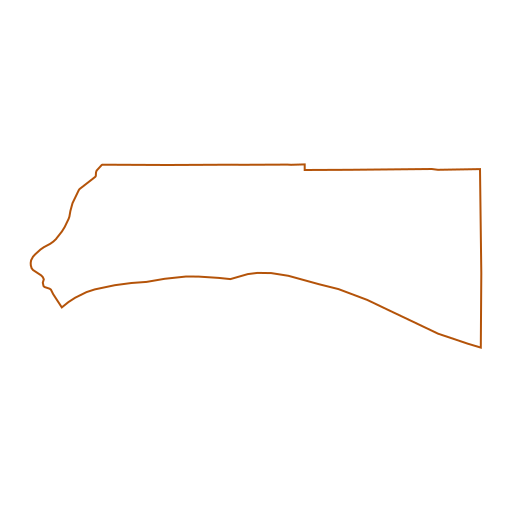 outline of Cameron, Louisiana, United States of America
{"feature_id": "52423323B69509517878544", "entity_name": "Cameron", "entity_type": "district", "adm_level": 2, "iso_a3": "USA", "parent_name": "United States of America", "parent_adm1": "Louisiana", "projection": "albers", "projection_center": [-93.515, 29.819], "detail": "fine", "context": "isolated", "style": "outline", "palette": "amber", "viewbox_px": 512, "rotation_deg": 0, "n_neighbors": 0, "source": "geoboundaries", "source_scale": "gbopen_adm2", "svg_char_len": 988}
<svg xmlns="http://www.w3.org/2000/svg" viewBox="0 0 512 512"><path d="M437.9,169.8L431.8,169.0L349.8,169.8L304.7,170.0L304.7,164.4L291.1,164.8L287.4,164.6L241.8,164.8L231.8,164.7L167.3,165.0L102.3,164.7L101.6,165.1L96.6,170.6L96.0,172.4L95.8,175.9L95.3,176.8L79.6,189.0L78.8,190.1L72.5,203.2L70.4,210.9L69.4,216.6L68.6,218.9L64.7,227.0L61.9,231.5L56.4,238.5L56.2,238.9L53.3,241.6L50.2,243.8L44.0,247.1L40.5,249.5L35.2,254.3L33.0,256.7L31.1,260.3L30.7,262.9L30.8,265.3L31.6,268.2L33.0,270.0L41.2,275.4L42.8,277.1L43.8,279.3L42.8,282.7L43.5,286.0L44.5,287.0L49.6,288.7L50.9,289.6L53.2,294.2L61.8,307.4L68.4,302.1L75.2,297.7L86.5,292.1L94.8,289.4L114.8,285.2L131.4,283.0L146.6,281.9L164.6,278.8L186.2,276.5L198.7,276.6L218.7,277.9L230.4,279.1L247.8,274.1L257.4,272.9L271.3,273.1L288.4,275.8L318.9,284.2L338.5,289.1L351.5,294.0L367.2,299.9L390.4,311.0L422.6,326.3L438.1,333.7L467.8,343.7L480.8,347.6L481.3,273.4L480.0,169.1L437.9,169.8Z" fill="none" stroke="#b45309" stroke-width="2"/></svg>